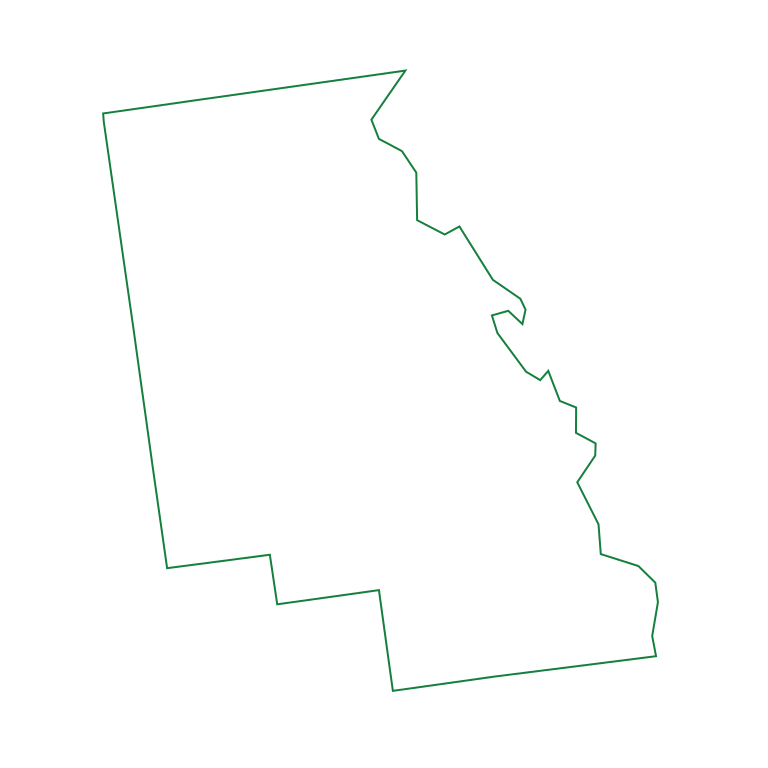 McIntosh, Oklahoma, United States of America, rotated 262°
{"feature_id": "52423323B48474390013644", "entity_name": "McIntosh", "entity_type": "district", "adm_level": 2, "iso_a3": "USA", "parent_name": "United States of America", "parent_adm1": "Oklahoma", "projection": "mercator", "projection_center": [-95.687, 35.348], "detail": "fine", "context": "isolated", "style": "outline", "palette": "green", "viewbox_px": 768, "rotation_deg": 262, "n_neighbors": 0, "source": "geoboundaries", "source_scale": "gbopen_adm2", "svg_char_len": 712}
<svg xmlns="http://www.w3.org/2000/svg" viewBox="0 0 768 768"><g transform="rotate(262 384 384)"><path d="M78.9,452.6L76.6,615.5L97.1,614.5L129.8,624.9L149.5,625.0L168.3,610.6L185.4,575.0L215.2,576.9L259.8,561.7L283.7,583.2L295.7,585.3L308.9,567.3L334.0,571.0L342.7,555.8L374.1,548.5L366.1,539.2L376.4,526.4L418.7,503.4L436.9,500.4L439.2,517.2L424.1,529.4L437.9,534.5L449.4,530.9L472.0,506.3L529.5,480.6L523.6,464.9L541.6,439.6L588.8,445.4L612.1,434.2L627.4,413.1L647.5,408.3L691.4,448.8L691.2,242.6L691.0,143.5L682.6,143.0L473.6,143.6L422.2,143.5L386.1,143.5L337.1,143.4L231.8,143.6L230.8,247.2L180.7,247.6L180.6,350.3L98.7,350.1L78.9,350.1L78.9,452.6Z" fill="none" stroke="#15803d" stroke-width="2"/></g></svg>